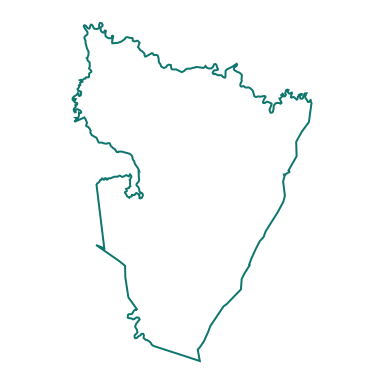 San Jerónimo Coatlán, Oaxaca, Mexico
{"feature_id": "50627088B48669608540498", "entity_name": "San Jerónimo Coatlán", "entity_type": "district", "adm_level": 2, "iso_a3": "MEX", "parent_name": "Mexico", "parent_adm1": "Oaxaca", "projection": "orthographic", "projection_center": [-96.995, 16.194], "detail": "fine", "context": "isolated", "style": "outline", "palette": "teal", "viewbox_px": 384, "rotation_deg": 0, "n_neighbors": 0, "source": "geoboundaries", "source_scale": "gbopen_adm2", "svg_char_len": 5753}
<svg xmlns="http://www.w3.org/2000/svg" viewBox="0 0 384 384"><path d="M96.1,245.0L119.1,261.0L125.1,265.8L125.3,277.2L128.4,297.4L136.9,309.2L136.2,310.0L135.3,309.8L134.1,310.5L131.9,313.9L131.1,314.2L128.8,314.2L128.0,314.9L127.7,317.6L128.6,318.1L131.4,318.4L132.9,319.3L133.8,319.3L136.7,317.4L138.0,317.5L139.1,318.1L139.6,319.5L136.1,323.9L135.1,326.8L136.9,329.7L137.5,332.1L136.8,333.3L134.6,335.4L134.6,337.2L135.2,338.2L136.8,338.0L138.1,336.6L140.6,335.1L141.5,333.9L143.3,333.9L143.9,335.3L143.6,338.1L145.8,339.9L147.0,340.0L149.5,341.5L150.9,343.0L151.9,344.9L153.7,346.0L199.8,361.0L197.7,349.5L199.5,347.8L203.9,341.3L208.1,332.0L210.3,326.1L223.6,306.3L226.7,304.1L240.9,289.4L241.7,279.0L244.8,272.8L249.7,265.2L249.1,264.7L251.5,258.3L256.3,247.9L259.8,241.1L263.6,237.0L265.6,231.4L277.9,211.9L283.4,201.6L284.9,195.7L283.1,181.6L284.6,175.9L284.4,175.6L285.1,175.2L285.1,174.8L284.0,174.8L283.9,174.5L285.0,174.5L289.4,172.0L289.1,170.9L288.5,170.5L296.6,156.3L296.2,141.8L301.7,131.8L308.9,122.1L311.5,102.9L310.8,101.6L310.8,100.1L310.5,100.0L308.9,102.0L308.1,102.0L307.6,101.6L307.0,100.0L305.5,98.1L305.1,96.5L306.5,93.3L305.0,93.4L303.8,95.2L302.8,98.2L301.8,98.8L300.4,98.5L299.8,96.0L300.4,95.2L301.5,94.9L301.9,94.1L301.1,93.9L299.3,94.6L298.7,95.1L298.7,95.8L297.9,96.8L297.5,98.8L296.8,99.6L293.6,96.9L291.6,97.6L291.0,97.3L290.9,96.4L292.0,93.1L291.8,92.6L289.4,93.7L288.3,92.8L287.7,91.7L288.5,90.0L287.5,89.6L286.2,90.1L285.1,93.6L285.9,94.7L285.1,96.2L284.0,96.4L283.4,95.9L283.1,94.4L282.6,93.7L281.2,95.0L282.1,95.6L282.2,96.3L280.4,98.3L279.5,98.5L281.4,102.2L281.5,102.9L281.1,103.4L280.3,103.7L279.6,103.1L277.2,102.9L275.7,103.3L274.2,105.0L273.7,106.0L273.6,108.7L273.0,111.5L272.4,112.4L270.8,112.8L270.2,112.1L269.5,109.9L271.7,104.0L271.4,103.5L268.0,101.9L266.7,101.8L264.8,103.0L263.8,103.1L263.0,102.6L263.0,102.1L264.0,99.3L265.5,97.2L265.5,96.6L265.1,96.2L264.0,96.0L260.4,96.7L258.1,96.4L256.2,97.0L255.3,96.8L254.4,96.3L252.9,91.0L252.2,90.0L250.1,88.1L248.5,87.4L246.2,87.6L245.1,87.3L243.6,86.1L241.5,86.6L240.9,86.4L240.3,85.4L240.3,84.2L241.8,80.8L241.5,79.0L241.9,75.0L239.6,72.7L237.2,71.9L234.8,70.4L234.2,69.9L233.9,68.9L234.2,67.6L236.5,65.9L236.9,65.2L237.1,64.5L236.6,63.8L232.2,66.8L226.7,69.5L225.6,70.9L225.4,77.0L225.2,77.5L224.3,77.6L223.4,77.2L221.3,75.2L217.8,75.2L214.9,73.7L214.0,74.2L212.8,73.4L212.7,72.6L213.8,70.6L214.4,70.3L216.5,70.2L217.7,69.8L218.0,69.1L217.0,67.3L216.7,65.6L216.0,64.4L215.2,64.0L214.2,64.3L212.7,67.3L211.4,68.4L208.7,68.4L207.2,68.0L205.5,66.0L204.2,67.5L203.3,67.9L197.1,67.0L195.7,67.1L195.3,67.5L193.4,67.7L190.3,68.7L187.1,68.7L185.2,69.8L184.0,71.1L181.7,72.1L176.1,69.4L172.2,69.5L171.4,68.6L170.8,65.0L168.7,64.7L167.0,65.6L166.7,66.5L165.5,67.4L163.9,68.0L161.2,66.5L160.6,64.6L158.9,62.1L158.5,57.9L157.6,55.4L156.7,55.0L154.1,55.1L153.5,54.8L152.7,53.4L152.0,53.1L146.4,56.2L145.4,56.6L145.0,56.4L144.6,55.6L144.4,53.6L142.1,51.2L140.3,50.2L138.0,47.0L139.6,42.7L137.9,41.0L137.3,40.7L134.8,41.4L133.7,41.1L132.8,40.7L132.7,38.6L132.4,38.1L129.5,37.8L127.3,37.1L125.8,37.5L124.7,39.1L121.1,41.7L117.5,42.9L112.4,43.3L112.0,42.2L113.2,36.2L112.7,35.7L112.0,35.9L111.8,37.9L111.3,38.4L108.4,38.1L107.0,37.4L105.8,36.3L105.3,34.5L105.8,30.8L105.0,30.5L104.3,31.4L103.9,32.5L102.9,32.6L101.5,31.6L100.7,30.4L100.6,28.0L101.0,27.1L102.4,26.0L102.7,25.0L101.7,23.2L99.9,23.0L99.1,24.6L99.2,27.4L98.7,28.3L97.1,29.0L94.8,28.8L93.9,28.3L92.4,25.3L91.7,24.7L91.0,24.6L90.4,25.4L89.7,28.2L89.0,28.7L87.8,28.2L85.7,25.7L84.5,25.2L83.9,25.6L83.8,26.2L84.7,28.2L87.5,32.1L87.4,34.3L84.8,36.5L84.3,37.9L85.6,40.9L85.5,42.9L86.9,48.1L88.6,51.8L88.4,55.3L87.5,57.6L86.7,58.1L87.2,58.7L87.7,60.6L89.6,62.3L89.8,66.7L89.0,68.4L91.0,70.5L91.4,71.4L91.3,71.9L89.2,73.5L89.0,76.9L88.5,77.3L86.1,77.3L85.3,78.6L84.6,78.5L82.4,80.1L81.0,79.8L79.9,80.2L82.2,81.8L80.1,82.8L80.3,85.1L79.6,85.4L79.1,85.2L78.8,85.6L79.2,86.3L78.8,87.6L77.5,89.1L77.9,90.2L80.0,91.4L80.6,91.4L81.2,92.2L80.6,93.5L81.1,94.3L80.6,95.5L79.2,96.0L77.8,93.0L77.0,94.6L73.5,96.9L72.5,98.7L72.7,99.7L73.2,100.4L73.8,100.3L74.2,98.7L75.8,99.1L74.3,101.5L74.4,101.9L75.4,102.6L77.0,103.0L77.3,104.0L77.1,104.6L76.7,104.8L75.4,104.8L75.3,105.1L75.8,106.2L75.7,106.9L74.1,108.6L73.7,109.6L74.1,111.2L74.9,112.3L75.6,112.2L75.7,110.0L76.7,109.2L77.6,109.3L80.0,110.3L81.1,111.6L81.2,112.3L80.9,112.9L79.9,113.3L79.0,112.7L79.0,115.2L78.2,117.9L75.8,118.0L77.0,118.9L75.0,120.8L74.9,121.3L75.3,121.5L84.4,117.4L85.9,120.0L87.0,122.8L86.1,125.6L86.8,126.4L88.2,126.9L89.7,128.8L90.7,130.7L90.3,132.7L91.8,135.2L96.5,137.8L98.5,142.2L98.9,142.6L102.0,142.6L103.7,143.3L106.1,143.7L109.0,143.1L109.8,143.5L110.8,145.9L113.2,148.2L114.7,149.0L116.8,152.0L118.1,152.2L118.7,151.6L121.7,151.6L129.5,153.7L131.5,155.2L132.3,156.7L132.9,159.6L134.2,161.1L134.9,163.9L138.0,168.2L139.0,170.9L138.6,170.7L138.8,177.1L139.2,179.9L138.4,181.9L136.8,183.6L136.4,184.6L136.7,185.6L138.2,186.9L139.1,188.8L139.4,191.1L139.9,192.1L142.2,193.3L142.8,194.3L142.9,195.4L141.9,197.7L140.5,198.4L139.6,198.3L139.4,197.9L139.6,196.6L138.8,194.8L139.3,194.3L137.3,193.7L136.6,193.0L135.8,193.3L134.5,195.1L132.0,195.0L131.7,196.3L129.3,197.1L129.2,197.7L127.1,196.3L126.0,194.1L124.9,192.8L124.9,192.3L126.8,191.1L126.5,189.6L126.1,188.9L129.0,187.9L129.1,187.2L130.4,186.4L130.0,184.4L130.2,182.0L129.7,180.0L130.1,179.9L130.5,178.5L131.4,176.9L131.2,175.9L130.0,174.4L128.8,176.4L126.3,175.1L122.7,176.9L122.0,176.9L120.3,175.8L119.1,175.7L117.8,176.7L114.4,176.7L110.5,178.3L108.3,178.3L107.8,179.3L106.9,179.6L105.8,178.2L105.2,178.2L104.6,179.5L103.5,179.6L102.7,178.5L101.8,178.5L101.4,179.7L100.3,180.0L99.1,182.1L97.2,183.5L96.5,184.7L104.3,248.4L96.1,245.0Z" fill="none" stroke="#0f766e" stroke-width="2"/></svg>